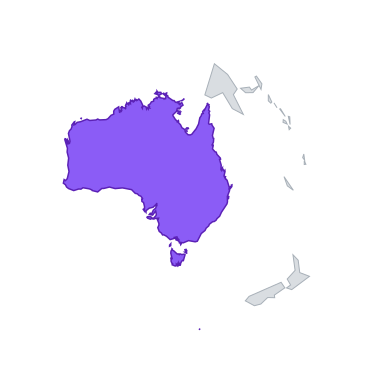 Oceania, with Australia highlighted, rotated 17°
{"feature_id": "AUS", "entity_name": "Australia", "entity_type": "country or territory", "adm_level": 0, "iso_a3": "AUS", "parent_name": "Oceania", "parent_adm1": "", "projection": "robinson", "projection_center": [137.073, -32.4], "detail": "fine", "context": "in_parent", "style": "filled", "palette": "violet", "viewbox_px": 384, "rotation_deg": 17, "n_neighbors": 5, "source": "natural_earth", "source_scale": "50m", "svg_char_len": 7333}
<svg xmlns="http://www.w3.org/2000/svg" viewBox="0 0 384 384"><g transform="rotate(17 192 192)"><path d="M175.9,62.8L191.7,69.2L205.1,80.3L203.1,86.8L218.4,102.8L206.2,100.5L192.3,88.0L183.0,96.5L175.9,95.4L175.9,62.8ZM227.2,68.1L228.0,73.7L218.5,63.6L219.7,62.3L227.2,68.1ZM221.3,79.1L214.2,81.4L208.1,78.6L216.2,74.9L219.1,77.1L225.0,70.6L221.3,79.1ZM236.5,76.5L242.0,82.6L241.4,84.0L238.3,82.5L236.5,76.5Z" fill="#d9dde1" stroke="#a8b0b8" stroke-width="1"/><path d="M290.2,129.3L292.8,132.2L291.3,132.9L290.2,129.3ZM290.4,128.6L287.8,126.8L287.8,123.0L290.4,128.6Z" fill="#d9dde1" stroke="#a8b0b8" stroke-width="1"/><path d="M275.5,150.4L288.4,160.7L281.4,158.3L275.5,150.4Z" fill="#d9dde1" stroke="#a8b0b8" stroke-width="1"/><path d="M267.7,102.1L266.7,104.0L265.1,100.9L267.7,102.1ZM263.5,91.5L266.1,98.8L262.0,91.5L263.5,91.5ZM263.1,99.2L258.7,98.8L258.1,96.1L261.0,96.9L263.1,99.2ZM252.3,86.5L259.1,92.5L251.6,87.0L252.3,86.5ZM246.9,85.0L248.7,86.6L244.3,82.8L246.9,85.0Z" fill="#d9dde1" stroke="#a8b0b8" stroke-width="1"/><path d="M329.0,238.3L315.9,256.2L310.4,256.1L313.5,252.1L308.5,247.4L313.5,236.8L306.9,222.5L313.5,226.2L318.6,237.6L329.0,238.3ZM277.1,275.1L303.6,252.3L308.8,256.5L300.9,266.5L302.0,268.9L295.2,270.8L290.6,279.0L284.9,282.5L274.8,280.5L277.1,275.1Z" fill="#d9dde1" stroke="#a8b0b8" stroke-width="1"/><path d="M185.3,109.6L185.0,111.4L186.3,113.1L187.8,121.6L188.7,122.2L190.9,121.0L191.7,122.3L194.5,124.6L195.0,131.9L196.4,134.3L197.1,134.4L197.9,138.0L197.5,141.2L198.8,142.6L199.0,144.8L202.2,146.8L203.5,146.8L204.8,148.7L209.2,151.3L209.7,152.3L208.8,152.8L212.1,157.8L213.1,162.1L213.6,161.8L214.2,162.6L214.5,160.7L216.7,162.7L217.1,161.7L217.6,162.8L217.9,167.2L219.2,168.8L222.1,170.5L226.5,177.0L226.5,178.3L227.5,179.7L227.1,185.8L228.8,191.1L228.9,193.2L226.1,202.7L225.5,207.1L223.7,210.1L223.2,212.1L221.9,213.7L220.4,214.4L218.0,217.8L217.9,219.5L216.1,222.4L215.7,225.0L213.0,229.0L211.5,237.5L209.6,238.7L202.9,239.5L198.6,243.1L196.0,243.5L196.4,244.3L197.0,244.0L196.6,245.6L195.7,244.2L194.8,244.3L194.2,243.2L192.6,242.5L193.3,241.8L193.0,241.1L192.3,241.0L190.9,242.3L189.9,241.5L190.7,241.6L191.6,240.3L190.7,239.3L188.6,240.5L189.7,240.9L185.0,243.9L180.6,241.8L177.6,241.2L176.4,241.7L174.7,240.2L172.2,239.3L169.7,236.1L170.0,233.2L169.5,231.7L166.4,227.8L167.7,227.9L167.7,226.8L164.5,228.1L163.1,227.9L164.5,225.0L164.4,223.7L162.8,220.7L161.1,225.6L157.7,226.1L158.3,224.5L159.8,224.5L160.3,220.7L162.1,217.8L161.8,215.9L162.4,215.4L161.5,212.8L161.5,214.0L159.2,218.0L155.8,220.0L153.6,223.2L153.9,224.8L153.2,224.2L152.6,224.6L150.4,222.8L150.8,222.3L151.7,222.8L150.8,219.7L148.7,216.2L146.9,215.7L146.0,213.6L146.6,213.5L146.6,212.6L144.2,210.9L142.3,210.8L140.3,209.7L138.1,209.9L133.5,207.4L124.3,208.4L117.5,211.2L111.6,211.4L106.8,214.3L104.7,215.0L101.8,219.5L96.1,219.8L95.7,219.3L93.0,219.0L86.5,219.8L85.0,221.7L82.7,222.3L78.5,225.2L72.9,224.8L70.6,223.9L68.8,222.0L66.4,221.2L66.1,217.5L67.6,218.1L68.8,215.8L68.4,208.4L65.4,202.7L64.1,195.6L60.9,190.3L60.1,186.6L56.2,180.8L56.8,181.1L56.9,180.3L58.0,182.7L59.0,182.4L59.1,181.5L56.9,178.4L57.1,177.9L58.3,179.0L58.5,180.5L59.0,179.9L59.7,181.5L60.1,181.8L60.6,181.3L60.5,179.1L56.7,172.1L56.9,169.2L58.0,167.0L58.1,164.4L57.5,163.1L58.9,159.3L59.3,159.0L59.5,162.3L60.5,161.6L61.8,159.0L65.0,157.3L70.3,153.1L73.3,153.5L79.1,151.2L80.5,149.8L82.6,150.1L88.7,147.9L90.2,146.5L92.2,142.3L94.4,140.4L93.5,137.6L94.0,135.5L97.0,132.0L99.7,137.5L99.8,135.0L100.8,135.5L101.0,134.5L99.3,132.3L99.8,131.9L99.7,131.0L100.3,130.8L100.9,131.8L101.7,131.2L104.8,131.9L103.2,131.4L104.3,129.2L103.6,129.7L103.1,128.7L103.3,127.3L103.8,127.3L104.4,126.2L106.0,127.1L106.1,126.4L105.3,126.4L105.0,125.7L105.9,124.9L107.3,125.5L106.5,123.4L108.2,122.3L108.4,121.1L108.6,122.5L109.3,122.2L109.6,123.0L110.2,122.3L110.3,119.7L111.2,120.7L111.8,120.0L112.5,120.7L114.0,118.6L116.4,120.0L119.7,123.6L119.2,126.5L119.5,126.0L120.0,126.4L119.6,125.1L121.3,123.7L123.5,124.3L124.2,125.7L124.4,124.2L126.0,125.6L126.0,124.1L126.9,124.0L125.8,123.1L126.2,122.6L124.8,121.8L126.3,119.8L126.8,117.7L128.7,116.4L128.3,114.6L129.3,113.3L130.2,113.1L130.2,112.0L131.3,112.6L131.3,111.7L133.2,110.2L133.8,111.2L137.4,110.8L138.1,111.3L138.5,110.5L139.4,110.5L139.2,108.1L135.5,106.4L136.1,105.8L136.9,106.4L137.7,106.0L139.2,107.4L140.5,106.9L141.5,108.4L146.9,110.1L148.2,109.8L149.6,110.8L150.4,111.0L153.5,109.0L152.5,110.9L153.8,110.8L154.2,112.0L155.0,112.0L155.0,110.5L156.2,109.6L158.0,111.6L156.2,113.8L156.4,114.9L155.8,116.0L155.1,115.5L153.5,116.4L153.6,119.5L151.2,123.7L151.4,124.5L155.1,127.7L156.9,128.3L157.3,129.3L158.2,129.3L161.3,131.0L163.6,133.5L167.0,134.4L168.0,136.5L171.4,138.4L173.5,138.0L174.9,136.9L177.5,130.2L178.4,125.1L177.8,118.8L178.6,116.2L178.4,114.6L179.8,113.6L178.7,112.3L178.8,111.6L179.6,109.7L180.0,110.1L180.9,104.6L182.2,103.4L182.8,103.6L182.6,104.2L183.6,105.4L184.0,109.0L185.3,109.6ZM189.5,253.1L191.8,253.6L195.9,255.6L197.6,255.1L198.1,255.6L198.7,254.7L200.6,254.8L202.7,253.7L203.7,254.0L203.8,260.8L203.4,259.6L202.5,261.0L202.0,263.0L202.2,265.4L201.4,265.7L200.9,264.7L201.5,264.3L200.6,263.9L200.1,264.8L199.5,263.6L199.2,265.7L198.2,265.4L198.5,266.0L197.6,267.7L194.3,267.4L194.2,266.5L195.0,266.2L193.7,266.1L192.2,264.3L191.2,260.8L192.2,262.1L192.5,261.5L191.7,260.4L191.3,260.7L191.4,259.8L189.6,256.7L189.2,254.7L189.5,253.1ZM130.2,106.7L133.0,105.8L134.2,107.0L131.7,109.5L129.7,107.9L129.1,105.8L130.2,106.7ZM160.7,228.6L162.1,228.5L162.9,229.1L161.0,229.4L160.1,230.2L157.2,230.0L156.3,229.3L156.7,228.6L159.6,227.8L160.6,228.0L160.7,228.6ZM157.0,118.9L157.7,118.8L157.1,120.2L158.0,120.8L157.7,121.3L155.3,120.9L155.7,119.2L156.7,118.2L157.0,118.9ZM227.2,178.6L226.8,177.6L227.1,175.8L228.0,174.9L227.6,173.9L228.1,173.5L228.5,175.2L227.2,178.6ZM203.1,248.6L204.2,249.7L204.2,250.7L203.4,251.1L202.1,249.2L203.1,248.6ZM128.8,106.5L130.1,108.9L127.7,108.8L128.8,106.5ZM186.4,250.4L186.1,249.3L186.8,247.7L187.3,249.6L186.4,250.4ZM170.0,132.4L168.8,133.2L167.6,133.6L168.2,132.2L169.5,131.8L170.0,132.4ZM56.1,180.1L55.1,178.8L55.0,177.5L56.1,180.1ZM204.3,251.3L204.8,251.9L204.5,252.2L203.0,251.7L204.3,251.3ZM218.7,167.5L219.6,167.5L219.6,168.8L218.7,167.5ZM198.6,141.0L198.8,141.9L198.6,142.3L197.8,141.1L198.6,141.0ZM199.3,266.0L199.4,267.1L198.6,266.8L199.3,266.0ZM228.8,187.1L228.4,188.4L228.4,186.9L228.8,187.1ZM138.8,106.4L138.4,105.0L138.8,104.7L139.0,105.7L138.8,106.4ZM157.1,105.8L156.1,107.1L157.2,104.9L157.1,105.8ZM228.5,186.5L228.2,185.6L228.5,185.0L228.5,186.5ZM158.6,128.8L158.0,128.4L158.2,127.8L158.5,128.2L158.6,128.8ZM155.0,118.8L154.4,118.9L154.8,118.2L155.0,118.8ZM64.7,153.2L64.6,154.2L64.3,154.1L64.7,153.2ZM181.4,103.4L181.0,103.7L180.7,103.1L181.0,102.8L181.4,103.4ZM193.0,241.6L192.4,241.9L192.2,241.8L192.3,241.4L193.0,241.6ZM239.5,320.8L239.0,321.7L239.6,320.3L239.5,320.8ZM155.9,107.4L154.6,108.2L155.9,107.2L155.9,107.4ZM106.6,122.2L106.1,122.8L106.4,122.1L106.6,122.2ZM200.0,265.8L199.4,265.4L199.7,265.0L199.8,265.2L200.0,265.8ZM169.4,135.3L168.7,135.3L169.1,134.8L169.4,135.3ZM104.0,126.6L103.7,127.0L103.6,126.2L104.0,126.6ZM191.9,242.1L192.5,242.6L191.5,242.5L191.9,242.1ZM214.1,160.6L213.8,160.6L214.0,160.1L214.1,160.6ZM189.8,252.3L189.7,252.7L189.5,252.2L189.8,252.3Z" fill="#8b5cf6" stroke="#5b21b6" stroke-width="1.5"/></g></svg>